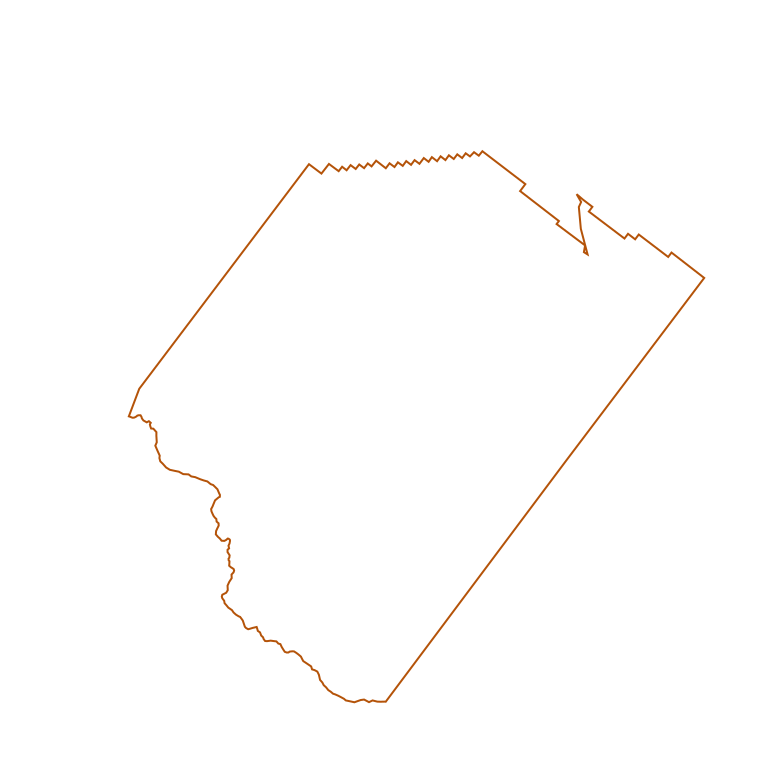 outline of Churchill, Nevada, United States of America, rotated 127°
{"feature_id": "52423323B65093392652388", "entity_name": "Churchill", "entity_type": "district", "adm_level": 2, "iso_a3": "USA", "parent_name": "United States of America", "parent_adm1": "Nevada", "projection": "equal_earth", "projection_center": [-117.959, 39.537], "detail": "fine", "context": "isolated", "style": "outline", "palette": "amber", "viewbox_px": 768, "rotation_deg": 127, "n_neighbors": 0, "source": "geoboundaries", "source_scale": "gbopen_adm2", "svg_char_len": 2986}
<svg xmlns="http://www.w3.org/2000/svg" viewBox="0 0 768 768"><g transform="rotate(127 384 384)"><path d="M253.6,576.2L535.1,576.6L563.4,568.3L563.1,567.5L562.5,565.2L562.2,564.4L561.2,563.3L560.1,562.7L558.9,562.2L557.7,562.0L556.7,561.2L555.5,559.6L556.2,557.9L557.2,556.6L557.9,554.2L557.4,550.4L555.2,549.4L555.4,546.9L557.1,546.7L558.4,545.2L559.7,543.2L558.5,541.3L559.4,536.8L562.4,534.6L567.3,530.4L570.9,529.5L573.8,524.4L576.2,520.0L578.3,518.8L580.4,516.1L580.8,512.8L581.8,507.8L581.4,503.4L579.1,498.4L577.5,495.1L576.8,490.1L573.8,485.7L573.8,482.3L572.0,478.7L570.7,473.6L569.5,469.9L568.1,466.4L568.3,462.2L567.5,459.6L568.3,453.7L570.5,449.9L571.3,448.3L572.9,447.2L573.9,447.8L578.6,448.9L582.5,447.9L585.1,447.2L587.9,446.8L589.5,445.2L590.8,442.9L591.9,440.8L592.5,438.7L592.7,436.7L594.6,434.9L594.8,432.3L596.6,430.8L599.8,430.2L602.5,429.6L605.3,427.8L606.0,424.7L606.2,422.1L606.9,419.4L605.4,417.1L603.5,416.2L601.5,415.8L601.1,415.0L601.1,413.5L601.9,412.6L604.3,411.4L606.7,410.9L608.5,408.8L610.5,409.2L612.4,407.8L613.7,404.2L615.8,403.0L617.1,403.0L618.3,401.9L618.5,400.8L620.4,399.5L622.3,398.3L622.5,396.0L622.3,394.1L622.3,392.6L623.2,391.4L625.0,390.8L627.9,391.1L630.7,388.8L635.2,388.5L639.2,387.6L641.1,386.0L642.7,384.7L645.7,384.4L649.6,386.3L651.4,385.6L652.5,384.1L653.3,381.2L655.0,379.4L655.5,376.9L656.3,373.7L656.2,372.1L656.1,369.3L657.0,366.7L657.3,363.4L657.0,360.3L656.6,358.7L657.3,356.3L657.9,354.4L659.7,351.8L661.6,349.0L661.9,347.3L661.6,344.9L660.2,343.8L657.7,342.0L656.4,340.9L654.7,339.5L655.7,338.0L657.1,336.2L657.0,333.5L658.8,330.7L659.1,328.1L660.1,326.7L660.8,324.3L659.8,322.7L657.2,320.1L655.7,317.4L654.3,315.0L654.9,312.2L654.1,310.2L655.6,307.4L656.7,304.6L657.6,302.1L657.0,300.1L655.9,298.7L654.5,298.3L652.6,296.3L651.7,294.9L651.5,292.2L651.5,289.6L651.7,286.3L652.9,283.9L653.9,281.7L653.7,278.4L653.4,272.2L655.2,269.7L654.3,267.3L653.8,264.2L655.4,261.0L658.8,257.0L659.5,253.6L660.8,250.9L661.1,247.7L662.0,244.3L661.8,241.3L662.0,238.3L661.3,236.3L660.5,232.9L660.0,229.9L659.5,226.5L659.7,224.1L658.8,222.2L657.4,219.2L656.0,216.1L653.1,214.2L650.4,212.4L648.0,210.0L647.1,204.5L643.6,202.7L641.7,198.2L639.8,195.5L637.4,192.5L636.7,191.4L334.6,192.4L106.6,192.1L106.0,233.5L111.5,233.5L111.3,270.5L117.3,270.5L117.2,279.5L123.1,279.5L123.0,324.2L117.1,324.2L117.0,336.5L116.5,344.4L120.0,336.1L125.4,334.9L141.6,320.2L158.0,299.4L158.4,303.7L152.3,306.8L152.4,342.4L148.6,342.4L148.0,391.4L139.3,391.4L138.9,445.5L144.6,445.7L144.7,451.6L150.5,452.3L150.6,457.6L156.5,457.6L156.5,463.7L162.3,463.7L162.3,469.8L168.2,469.7L168.1,475.8L174.1,475.7L174.0,482.3L179.7,482.1L179.6,488.2L186.8,488.2L186.8,494.3L192.7,494.3L192.6,500.4L198.5,500.3L198.6,506.3L204.4,506.2L204.4,512.4L210.6,512.4L210.4,524.7L217.7,524.9L217.6,529.7L223.6,529.8L223.6,535.9L229.3,536.0L229.3,542.4L235.8,542.5L235.7,548.2L241.3,548.3L241.4,560.4L253.6,560.6L253.6,576.2Z" fill="none" stroke="#b45309" stroke-width="2"/></g></svg>